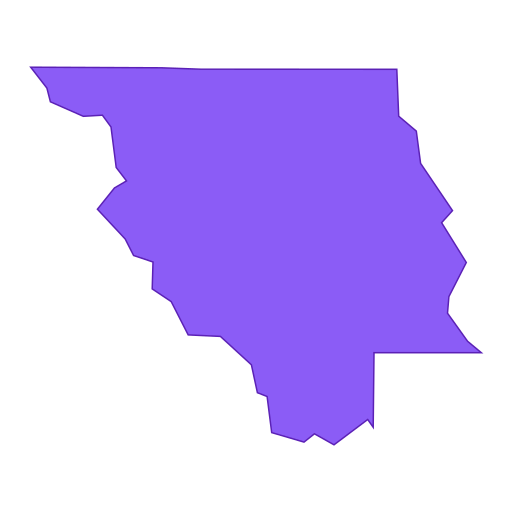 Red River, Louisiana, United States of America
{"feature_id": "52423323B2790682775413", "entity_name": "Red River", "entity_type": "district", "adm_level": 2, "iso_a3": "USA", "parent_name": "United States of America", "parent_adm1": "Louisiana", "projection": "albers", "projection_center": [-93.371, 32.062], "detail": "fine", "context": "isolated", "style": "filled", "palette": "violet", "viewbox_px": 512, "rotation_deg": 0, "n_neighbors": 0, "source": "geoboundaries", "source_scale": "gbopen_adm2", "svg_char_len": 612}
<svg xmlns="http://www.w3.org/2000/svg" viewBox="0 0 512 512"><path d="M30.7,67.2L46.9,88.1L50.4,101.8L83.3,116.3L102.4,115.2L111.0,127.0L116.2,167.5L126.5,180.9L114.5,187.9L97.4,209.2L125.2,239.0L133.6,255.5L153.0,262.0L152.2,288.9L171.2,301.6L188.2,334.9L220.4,336.4L251.4,364.8L257.4,392.7L267.1,396.5L271.7,432.6L304.0,442.1L314.4,433.8L334.0,444.8L367.7,419.5L373.2,427.3L374.0,352.7L481.3,352.7L467.6,341.3L447.5,313.2L448.9,296.6L466.3,262.5L441.6,222.7L452.5,210.6L420.6,163.4L416.3,131.1L398.7,116.2L396.8,69.3L200.7,69.2L161.5,67.8L30.7,67.2Z" fill="#8b5cf6" stroke="#5b21b6" stroke-width="1.5"/></svg>